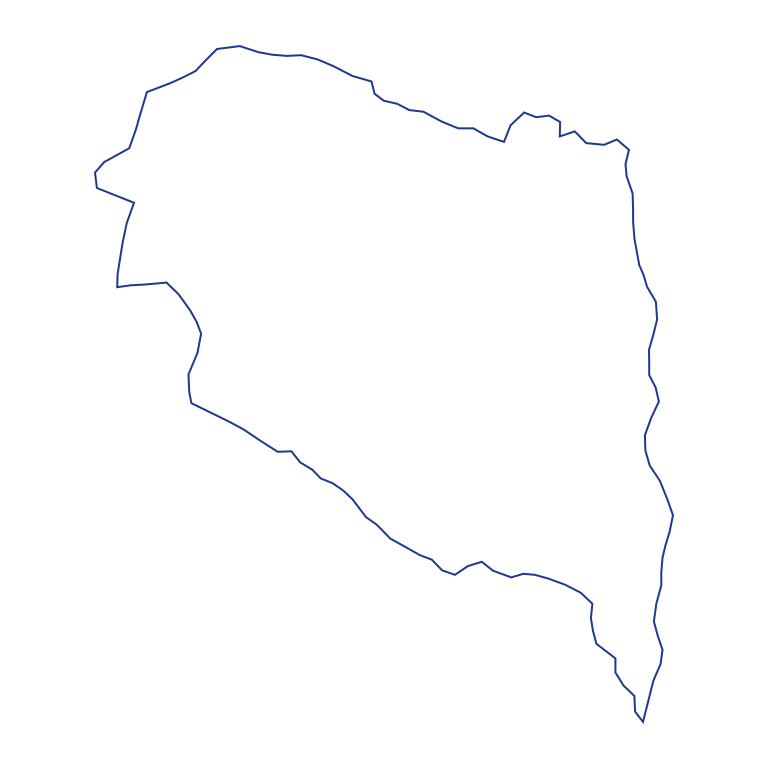 the district of Conde, Paraíba, Brazil
{"feature_id": "56859067B62931681450845", "entity_name": "Conde", "entity_type": "district", "adm_level": 2, "iso_a3": "BRA", "parent_name": "Brazil", "parent_adm1": "Paraíba", "projection": "orthographic", "projection_center": [-34.854, -7.298], "detail": "fine", "context": "isolated", "style": "outline", "palette": "blue", "viewbox_px": 768, "rotation_deg": 0, "n_neighbors": 0, "source": "geoboundaries", "source_scale": "gbopen_adm2", "svg_char_len": 1693}
<svg xmlns="http://www.w3.org/2000/svg" viewBox="0 0 768 768"><path d="M419.8,555.1L431.9,559.7L442.2,570.4L455.0,574.8L467.8,566.1L481.8,561.8L493.0,570.7L511.3,577.4L523.4,573.8L534.9,574.8L548.4,578.6L564.8,584.6L580.7,592.7L592.4,603.8L590.9,617.9L592.8,630.1L596.4,643.8L615.4,658.4L615.4,672.5L623.5,685.5L634.4,696.0L635.1,711.6L643.0,721.9L653.4,680.7L660.6,663.9L662.5,649.8L657.7,635.6L653.9,621.5L656.3,603.8L661.3,585.3L661.3,572.4L662.5,557.8L665.6,544.8L669.6,531.9L673.0,515.3L667.5,499.8L659.9,480.8L649.7,465.5L645.4,450.6L644.9,435.3L651.3,417.6L658.9,401.5L655.6,387.4L649.2,375.1L649.2,362.7L649.0,349.7L653.3,334.9L657.1,319.5L655.9,301.8L647.1,286.9L643.7,275.4L639.2,264.9L634.5,239.0L633.1,222.0L633.1,208.8L632.6,193.5L626.6,176.2L625.5,164.0L629.0,149.9L616.9,139.5L604.1,144.8L586.2,143.1L574.8,131.4L559.8,136.4L560.1,122.0L549.1,115.6L536.1,117.2L524.2,112.5L510.6,125.2L504.0,141.9L487.6,136.4L473.3,128.3L458.1,128.3L441.7,121.6L423.4,111.7L409.3,110.1L397.2,103.8L383.7,100.7L374.6,93.8L371.5,81.5L352.5,76.0L333.5,66.2L317.8,59.5L301.2,55.2L286.7,55.9L272.2,54.7L258.1,52.1L239.8,46.1L217.0,49.0L204.2,61.9L195.6,71.0L182.8,77.5L170.6,83.0L146.9,92.1L139.7,116.1L135.9,129.5L129.3,148.2L104.1,162.1L95.0,172.6L96.9,188.0L134.0,202.8L126.7,223.2L122.6,242.9L117.6,274.0L117.2,287.2L130.5,285.3L143.8,284.6L166.6,282.6L178.7,294.4L190.2,310.4L196.8,322.2L201.1,333.7L197.5,352.8L188.5,374.4L189.2,391.7L191.4,403.2L228.0,421.1L243.4,429.3L259.4,440.1L277.7,451.8L291.4,451.3L300.2,462.4L312.4,469.8L320.7,478.4L332.6,483.2L343.3,490.6L352.5,499.3L366.1,517.2L377.0,524.9L390.3,538.6L405.8,547.2L419.8,555.1Z" fill="none" stroke="#1e3a8a" stroke-width="2"/></svg>